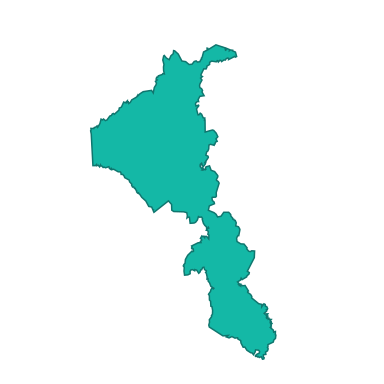 outline of Zapotiltic, Jalisco, Mexico, rotated 12°
{"feature_id": "50627088B15187841007732", "entity_name": "Zapotiltic", "entity_type": "district", "adm_level": 2, "iso_a3": "MEX", "parent_name": "Mexico", "parent_adm1": "Jalisco", "projection": "equal_earth", "projection_center": [-103.32, 19.618], "detail": "fine", "context": "isolated", "style": "filled", "palette": "teal", "viewbox_px": 384, "rotation_deg": 12, "n_neighbors": 0, "source": "geoboundaries", "source_scale": "gbopen_adm2", "svg_char_len": 6051}
<svg xmlns="http://www.w3.org/2000/svg" viewBox="0 0 384 384"><g transform="rotate(12 192 192)"><path d="M81.4,156.2L89.6,186.8L92.1,186.3L92.9,185.0L93.3,186.1L94.7,185.3L96.4,186.6L96.9,184.6L97.4,185.5L98.3,185.3L100.0,186.5L100.8,185.9L102.4,186.3L105.4,184.5L106.3,186.1L108.2,186.9L108.2,185.7L109.4,186.6L110.6,186.0L115.6,187.6L117.6,187.2L118.3,187.6L119.0,189.5L120.6,189.2L122.7,190.9L123.1,191.9L128.1,193.4L128.8,195.0L131.5,196.9L131.5,197.9L132.8,199.5L133.9,199.2L134.9,200.3L135.8,200.3L136.2,201.3L137.7,202.4L137.7,203.3L138.9,204.3L139.7,203.9L139.7,204.5L141.3,205.0L143.9,207.6L148.7,210.4L152.7,215.1L155.7,215.1L157.3,217.4L158.0,217.4L157.9,218.3L159.0,219.8L170.8,205.6L174.6,208.4L176.0,214.0L178.2,214.9L188.1,213.1L191.2,213.3L192.4,216.2L192.5,218.4L193.2,217.5L194.7,217.2L196.7,223.0L200.5,221.9L201.8,220.9L203.1,218.2L203.4,214.7L204.6,215.1L206.6,214.5L207.8,215.8L207.7,216.6L209.7,220.3L211.6,222.1L213.3,223.0L213.9,224.7L215.0,224.1L215.3,223.1L215.9,223.8L214.5,225.0L213.9,226.4L215.3,226.5L216.3,227.6L216.3,230.1L217.5,230.6L218.1,234.4L215.6,232.4L213.7,232.8L213.8,233.9L212.7,232.8L212.0,233.5L210.8,232.9L209.9,235.7L211.2,236.3L211.5,237.3L210.5,238.6L211.3,239.6L208.5,240.4L202.8,244.9L203.6,245.7L203.2,246.9L203.9,247.6L204.9,247.3L205.8,249.5L205.2,250.2L204.2,249.9L201.0,254.7L199.6,259.3L200.0,263.2L199.1,264.7L199.4,265.8L198.9,266.2L200.1,267.3L200.6,271.0L202.0,274.9L205.2,273.9L207.2,272.3L206.6,270.1L207.1,268.5L208.5,267.8L211.0,268.5L210.9,267.3L212.9,267.5L215.5,270.1L216.5,268.6L216.7,266.4L217.6,266.1L218.1,263.7L219.3,263.1L220.4,265.3L222.4,266.0L222.5,267.1L222.0,267.8L223.0,268.7L224.5,272.0L224.8,274.1L225.7,273.6L226.4,275.9L228.0,277.1L230.1,280.4L233.4,281.6L233.1,282.3L231.5,281.9L230.8,283.7L230.8,285.3L229.4,288.6L230.5,289.7L231.5,294.0L232.9,295.0L234.2,299.8L235.4,300.1L236.8,303.6L237.4,307.3L236.7,308.8L237.1,309.9L235.5,313.3L236.2,315.7L236.1,318.7L237.0,320.5L252.2,326.3L257.1,324.8L255.7,326.6L258.6,327.0L261.1,325.1L264.4,326.0L266.9,325.1L267.5,326.3L270.5,327.2L271.3,329.5L274.3,333.2L276.0,332.7L278.6,335.4L282.8,337.0L284.2,336.9L286.0,338.4L287.0,335.5L287.0,333.2L290.1,332.9L291.3,334.0L291.3,335.6L289.1,337.3L288.0,339.0L288.3,339.6L289.6,339.2L290.3,339.7L290.8,339.1L292.2,339.9L294.0,338.7L295.7,340.9L296.9,340.4L297.1,339.2L296.0,338.3L295.7,336.3L298.0,335.5L297.2,333.3L298.9,331.7L299.1,329.6L298.1,328.3L298.5,327.7L298.0,325.5L302.7,321.9L302.8,319.7L304.1,317.9L303.8,314.5L303.2,314.3L302.6,311.1L301.0,312.1L300.3,310.2L296.8,308.3L297.6,307.5L296.9,306.9L297.3,306.1L296.2,304.3L297.2,304.8L297.6,303.9L296.7,303.5L296.5,302.7L296.0,303.0L296.0,302.1L295.2,301.7L296.0,300.2L294.0,300.4L293.6,299.7L292.9,300.5L292.1,298.2L291.3,299.9L290.9,299.6L290.9,297.9L290.4,297.4L290.9,297.2L291.5,295.4L288.5,296.2L287.8,295.7L289.8,292.8L289.2,291.6L290.1,291.3L290.2,290.2L288.9,288.5L287.6,288.6L287.0,286.8L285.6,286.4L284.1,289.8L283.7,287.4L280.5,287.4L272.4,283.2L272.2,281.7L270.6,280.0L267.3,278.6L267.2,277.7L267.8,277.1L263.3,272.4L261.1,273.2L259.2,272.5L259.3,274.0L258.2,273.3L257.7,273.7L257.3,273.1L258.1,272.1L256.6,272.3L256.8,271.6L255.2,270.5L257.7,268.1L258.0,266.1L259.2,267.3L263.1,263.7L263.2,262.6L264.8,260.4L264.8,258.9L262.6,258.0L266.6,243.3L265.5,236.7L262.6,237.1L261.4,238.2L259.7,238.1L257.3,236.2L257.5,235.2L253.7,232.1L250.5,232.6L246.3,231.1L245.2,227.8L245.9,225.1L246.8,225.0L246.7,218.9L246.2,218.0L244.6,216.3L241.8,216.1L241.7,213.0L240.2,210.8L239.4,211.0L238.6,210.0L237.5,210.0L237.3,209.2L235.1,207.5L234.5,205.9L232.1,204.2L227.3,205.2L225.4,209.7L222.2,211.1L220.2,208.8L217.8,207.6L211.8,206.5L211.8,202.0L216.4,198.8L215.8,197.3L213.6,196.0L212.8,193.7L212.9,193.0L216.2,192.1L216.7,191.0L215.8,187.5L216.7,177.7L215.5,176.3L213.6,175.5L213.3,174.6L214.1,171.8L213.8,170.6L209.9,167.3L206.2,166.8L203.7,162.8L200.5,164.4L200.2,165.8L200.8,167.0L200.2,167.6L199.1,167.2L198.1,168.4L197.3,168.4L198.4,167.1L197.2,166.1L196.8,167.1L194.7,165.5L195.0,164.9L194.3,164.2L194.4,163.1L195.4,161.8L196.1,162.8L195.9,163.3L197.8,164.8L199.1,162.0L199.3,160.1L198.6,160.3L200.8,154.9L200.3,153.7L197.9,153.1L198.0,149.7L199.0,148.6L199.4,146.4L198.8,142.6L200.1,141.5L203.9,141.7L203.7,140.9L204.4,140.5L204.7,138.2L206.1,137.2L204.4,135.0L205.8,132.6L203.4,129.4L200.4,127.2L199.1,127.1L192.4,130.6L189.8,119.0L189.3,119.2L189.2,117.0L187.5,117.1L185.2,113.9L183.6,113.2L183.0,114.8L181.9,115.3L180.3,112.3L179.1,109.7L180.7,106.3L180.3,105.7L177.9,107.0L177.1,105.2L177.2,104.0L178.3,102.5L179.7,102.2L178.8,100.3L179.8,96.8L183.8,95.3L181.0,92.1L181.2,90.5L179.8,88.9L178.0,88.3L177.3,86.6L177.2,84.8L178.5,80.4L176.7,78.8L178.2,76.9L176.7,76.4L176.4,75.3L177.9,69.1L180.2,68.7L180.6,66.9L180.4,65.8L182.7,63.6L182.3,61.5L184.0,59.9L188.7,59.6L189.4,58.2L189.9,58.2L190.7,59.4L192.0,57.3L192.9,57.3L193.8,58.3L195.8,56.2L197.2,56.0L197.6,54.7L198.8,53.6L199.9,53.6L200.2,54.9L205.6,50.5L206.3,51.1L207.5,50.2L205.4,46.1L202.3,45.5L202.3,44.9L200.0,45.1L199.2,46.0L199.1,44.9L195.4,44.2L195.8,45.9L195.3,46.3L194.3,44.1L184.8,43.1L178.4,49.2L177.5,48.1L176.8,48.2L177.4,50.0L174.2,52.6L173.9,58.3L173.3,59.2L173.8,60.0L172.9,61.3L172.6,62.9L170.3,63.8L168.8,62.9L167.0,63.9L165.5,67.0L162.6,67.9L158.7,65.8L154.9,66.0L149.8,59.9L145.7,57.5L144.6,57.5L144.9,60.6L143.0,63.2L142.2,67.3L139.1,66.3L136.5,64.2L136.0,64.8L136.0,69.0L138.1,73.2L138.1,75.6L139.0,79.2L140.4,82.2L138.9,82.2L138.5,83.2L134.9,85.4L134.5,86.9L133.6,87.1L133.4,89.1L134.7,89.6L133.2,91.3L134.6,92.8L134.5,94.7L133.4,97.6L133.5,103.2L131.3,101.0L123.4,104.0L120.7,106.7L119.1,109.2L118.8,108.6L118.1,110.6L113.9,114.4L113.0,117.2L111.8,118.6L111.0,117.0L109.9,118.1L109.7,116.4L108.2,118.6L106.5,118.2L105.3,123.7L103.4,125.0L103.5,127.1L99.9,132.1L98.8,131.5L97.8,132.2L97.3,133.9L95.8,134.8L93.9,139.2L92.4,140.2L90.3,139.0L89.5,140.1L87.9,139.6L87.7,144.2L86.3,148.3L85.4,147.1L84.4,148.5L82.9,149.3L82.8,150.3L79.9,150.8L80.4,152.3L80.1,153.2L81.4,156.2Z" fill="#14b8a6" stroke="#0f766e" stroke-width="1.5"/></g></svg>